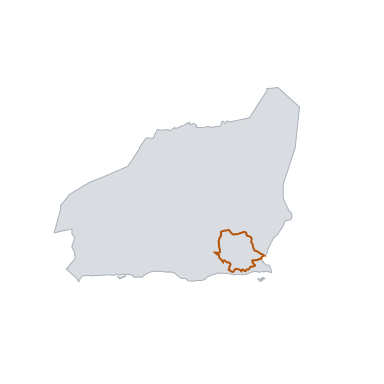 Saudi Arabia, with `Asir highlighted, rotated 299°
{"feature_id": "SAU-886", "entity_name": "`Asir", "entity_type": "Region", "adm_level": 1, "iso_a3": "SAU", "parent_name": "Saudi Arabia", "parent_adm1": "", "projection": "albers", "projection_center": [42.804, 19.207], "detail": "fine", "context": "in_parent", "style": "outline", "palette": "amber", "viewbox_px": 384, "rotation_deg": 299, "n_neighbors": 0, "source": "natural_earth", "source_scale": "10m", "svg_char_len": 6596}
<svg xmlns="http://www.w3.org/2000/svg" viewBox="0 0 384 384"><g transform="rotate(299 192 192)"><path d="M280.2,261.0L244.0,267.8L242.0,268.5L230.8,274.7L223.3,284.8L221.6,289.5L220.7,290.2L219.1,291.2L217.7,291.8L215.5,291.8L212.8,288.3L212.1,287.6L211.5,287.5L206.6,288.2L196.3,287.4L194.6,287.1L192.3,286.0L191.8,285.7L191.2,285.7L185.9,285.7L183.2,286.1L180.7,286.0L178.1,286.2L177.1,286.7L176.1,286.7L175.5,287.1L174.9,287.3L174.2,286.9L173.4,287.0L172.2,286.7L171.4,286.0L170.7,285.3L169.9,284.9L169.0,284.7L168.3,284.7L167.4,285.1L166.8,285.5L165.3,286.8L165.2,287.3L165.9,288.1L165.7,288.5L164.8,289.0L164.6,290.3L164.5,291.0L164.3,292.6L164.7,293.9L165.2,294.4L165.3,295.0L165.0,296.1L164.2,296.5L163.6,297.5L163.2,298.0L162.6,298.6L160.1,300.5L160.0,299.4L159.2,297.8L159.2,296.6L158.8,295.5L158.1,294.6L156.9,293.6L156.7,292.4L155.8,291.1L154.6,290.1L154.0,288.3L153.4,285.8L150.3,282.5L146.3,279.5L145.1,277.8L143.1,274.4L142.2,271.6L139.5,268.5L139.4,267.3L139.1,265.8L138.5,264.2L138.1,262.9L135.5,257.2L134.7,256.3L133.9,255.0L133.8,254.0L133.5,253.5L131.7,252.6L130.0,250.2L124.8,246.3L122.3,245.9L120.3,244.5L118.8,242.7L117.3,239.7L114.6,236.3L112.3,231.6L113.1,229.9L113.1,228.8L112.4,226.7L111.6,225.2L111.1,223.7L111.6,221.6L111.8,219.3L112.3,218.0L112.7,216.7L112.3,213.9L111.5,212.4L111.6,211.4L110.8,210.9L110.1,209.8L110.8,209.8L109.5,208.3L109.0,207.5L108.6,205.5L107.9,203.9L105.9,200.4L105.0,198.2L102.8,195.4L100.5,193.3L99.0,192.4L98.3,191.5L97.0,191.5L95.7,190.2L94.7,190.1L93.5,189.9L92.2,187.6L91.1,185.4L89.2,182.5L89.7,181.8L90.3,180.6L90.1,179.0L89.8,178.0L89.0,176.0L86.3,171.1L85.5,170.4L84.4,169.5L83.7,167.4L83.4,165.5L81.5,164.5L78.4,157.7L76.5,155.3L75.8,153.7L73.6,151.0L72.6,148.3L70.5,145.9L68.7,141.7L65.9,137.4L64.6,136.7L61.6,136.2L60.3,135.9L59.0,136.7L59.0,135.6L59.9,134.0L61.2,130.8L61.6,127.9L63.8,119.3L76.8,122.1L77.5,122.0L82.6,118.2L85.6,113.7L86.2,113.2L95.0,111.8L95.3,111.5L97.1,107.5L97.3,107.3L97.6,107.0L101.4,105.1L95.5,98.0L89.4,91.3L113.8,85.2L114.3,85.0L116.1,83.5L126.7,85.4L130.8,86.2L132.1,86.9L151.3,98.0L160.8,106.0L183.4,123.4L183.7,123.5L203.9,125.0L206.0,124.5L211.6,125.1L217.1,125.7L218.3,127.7L218.7,129.2L219.1,130.6L220.2,131.8L224.9,131.6L229.7,131.4L230.5,132.7L230.8,134.0L232.2,136.9L234.1,139.3L234.6,140.1L234.9,141.4L234.6,141.9L234.5,142.5L235.9,143.7L238.2,144.7L239.1,145.0L240.1,145.4L239.3,146.2L240.7,147.9L242.3,149.6L244.0,150.0L246.3,152.6L249.7,154.2L251.9,156.4L251.7,156.4L251.1,156.2L250.3,155.9L250.1,156.2L250.2,157.2L250.4,158.3L251.5,159.2L252.5,159.9L252.9,161.2L252.3,164.1L252.0,164.1L251.5,163.9L251.0,163.8L250.7,164.0L251.4,166.0L252.1,167.6L252.9,168.8L253.6,170.6L254.2,171.3L256.4,173.2L257.2,174.8L257.9,177.8L259.4,179.4L260.2,180.7L261.2,181.7L261.9,183.2L262.9,184.3L263.4,184.6L264.1,184.7L265.0,184.7L266.1,184.3L267.2,184.0L268.1,184.5L269.0,184.4L269.1,184.9L268.6,185.7L267.9,187.6L269.0,187.9L270.0,188.0L270.8,188.2L271.2,188.2L271.2,188.6L271.4,190.4L271.6,191.1L284.7,206.2L317.5,208.4L318.5,207.2L325.0,216.5L318.5,244.8L280.2,261.0ZM149.4,295.7L150.4,295.8L150.0,295.4L149.9,295.2L150.3,294.5L151.8,295.8L151.7,297.4L151.6,297.7L151.2,297.4L151.0,297.1L150.9,296.7L150.5,296.4L149.0,296.6L148.2,296.2L146.9,294.8L146.6,293.9L147.1,293.7L147.7,293.3L148.0,292.5L147.7,291.8L148.4,291.9L148.8,292.7L148.9,294.5L149.0,294.9L148.8,295.3L149.4,295.7ZM85.9,174.6L85.6,174.6L84.7,173.7L84.2,173.0L83.7,172.5L81.4,171.5L81.1,170.8L81.4,170.3L81.7,170.9L82.1,171.2L84.1,172.1L86.2,174.1L86.6,174.2L85.9,174.6ZM82.2,170.0L81.6,169.6L81.7,168.6L82.1,168.0L82.1,168.8L82.2,169.7L82.2,170.0Z" fill="#d9dde1" stroke="#a8b0b8" stroke-width="1"/><path d="M171.2,285.7L171.0,285.4L170.4,285.1L169.4,284.7L169.2,284.6L168.8,284.6L168.5,284.6L168.2,284.6L167.9,284.7L167.3,285.1L166.2,283.5L166.0,283.2L165.7,283.0L164.7,282.6L164.4,282.4L164.2,282.1L163.8,281.3L163.6,281.0L163.3,280.6L162.3,279.8L162.1,279.5L162.0,279.1L162.0,278.6L162.0,278.3L161.8,278.1L161.3,278.0L161.2,278.0L160.6,278.4L160.0,278.8L159.8,279.0L159.6,279.3L159.3,279.8L158.7,282.1L158.6,282.4L158.4,282.6L158.2,282.7L157.9,282.7L157.6,282.6L157.3,282.3L156.0,281.1L155.8,280.7L155.7,280.4L155.5,280.1L155.4,279.8L155.1,279.6L154.8,279.4L154.4,279.3L152.4,279.3L152.1,279.2L151.8,279.0L151.5,278.7L151.4,278.4L151.2,277.9L151.1,277.7L150.9,277.5L150.6,277.3L150.3,277.2L150.0,277.2L149.1,277.3L148.9,277.3L148.6,277.1L148.5,276.7L148.5,276.4L148.5,276.0L148.8,274.4L148.8,274.1L148.7,273.8L148.6,273.6L148.1,273.5L146.6,273.6L147.1,271.8L147.1,271.4L147.1,271.1L147.0,270.7L146.2,267.9L146.0,267.7L145.8,267.4L145.5,267.3L145.3,267.2L144.7,267.1L144.1,267.0L142.7,267.0L142.2,266.8L142.0,266.6L141.8,266.3L141.7,266.0L141.7,265.7L141.6,265.2L141.7,261.9L141.8,261.7L142.1,261.6L142.3,261.8L142.6,262.0L142.8,262.0L143.1,261.9L143.7,261.4L144.3,261.0L144.6,260.9L144.9,260.9L145.2,260.9L146.6,261.0L146.8,261.0L147.0,261.0L147.2,260.9L147.5,260.7L147.8,260.2L148.2,258.8L148.2,258.4L148.2,258.1L147.6,257.2L147.5,256.9L147.5,256.5L147.5,256.2L147.9,254.4L148.0,254.1L148.0,253.8L147.9,253.5L147.7,253.3L147.5,253.0L147.4,252.9L147.2,252.8L146.9,252.8L146.4,252.8L145.8,253.0L147.1,250.2L147.3,249.5L147.4,248.5L147.5,248.1L147.7,247.8L148.0,247.5L149.5,246.4L149.8,246.2L150.1,245.8L150.2,245.4L150.2,245.1L150.0,244.8L149.7,244.5L149.6,244.1L149.6,243.7L150.2,241.6L150.4,242.0L151.7,244.7L152.0,245.0L152.5,245.4L152.8,245.5L153.1,245.5L153.6,245.3L154.3,244.9L154.7,244.6L158.0,241.6L160.6,240.2L160.9,239.9L161.4,239.4L161.7,239.2L162.1,239.1L162.6,239.0L163.4,238.9L163.6,238.9L163.8,238.8L164.6,238.5L165.0,238.4L165.6,238.3L166.0,238.3L166.3,238.4L167.1,238.7L167.5,238.6L168.0,238.5L170.0,237.3L171.4,236.7L173.3,238.4L174.0,239.3L174.4,239.9L175.2,240.9L176.3,242.1L176.4,242.5L176.5,242.8L176.5,243.0L176.5,243.3L176.4,243.6L176.3,243.9L175.6,245.1L175.3,245.6L174.8,248.0L174.8,248.3L174.9,248.7L175.1,249.1L175.9,250.0L177.1,252.1L182.3,256.8L182.5,256.9L182.6,258.7L182.5,259.1L182.4,259.4L182.3,259.6L182.1,259.8L181.2,260.2L180.9,260.5L180.6,261.0L180.5,261.4L180.5,261.7L181.0,263.5L181.1,264.1L181.1,264.6L181.0,265.1L181.0,265.5L180.8,265.8L180.7,266.1L180.5,266.3L180.2,266.6L179.7,267.0L179.1,267.3L178.5,267.5L177.6,267.7L177.3,267.8L177.0,268.0L176.7,268.3L176.5,268.7L176.2,269.4L176.0,269.7L175.9,269.9L175.5,270.4L174.0,271.7L171.9,273.9L171.6,274.4L171.3,274.9L171.2,275.3L171.2,275.6L171.3,276.2L171.5,276.8L171.6,277.4L171.7,278.0L171.4,281.1L171.2,281.6L171.2,282.0L171.3,282.3L171.5,283.2L171.6,283.9L171.2,285.3L171.2,285.7Z" fill="none" stroke="#b45309" stroke-width="2"/></g></svg>